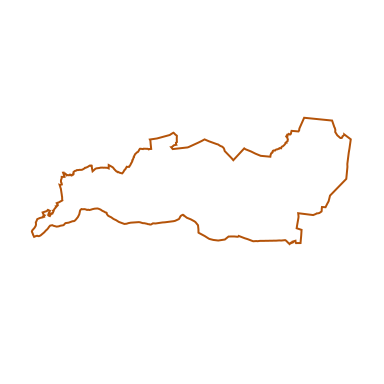 outline of Pischia, Timis, Romania, rotated 174°
{"feature_id": "2599482B13356223768188", "entity_name": "Pischia", "entity_type": "district", "adm_level": 2, "iso_a3": "ROU", "parent_name": "Romania", "parent_adm1": "Timis", "projection": "equal_earth", "projection_center": [21.424, 45.908], "detail": "fine", "context": "isolated", "style": "outline", "palette": "amber", "viewbox_px": 384, "rotation_deg": 174, "n_neighbors": 0, "source": "geoboundaries", "source_scale": "gbopen_adm2", "svg_char_len": 5970}
<svg xmlns="http://www.w3.org/2000/svg" viewBox="0 0 384 384"><g transform="rotate(174 192 192)"><path d="M307.7,224.3L307.9,223.6L307.8,223.2L308.1,222.8L307.9,222.3L308.0,222.0L308.4,221.7L308.7,221.9L309.6,221.6L309.7,221.1L309.9,221.0L310.2,221.3L311.1,221.4L311.2,221.6L311.2,221.9L311.5,222.1L312.5,221.5L313.2,221.6L313.5,221.8L313.9,221.8L314.6,221.7L314.5,222.0L315.5,222.5L315.7,223.1L316.1,223.2L316.1,223.4L316.2,223.6L316.8,223.6L317.0,223.9L317.5,224.1L317.6,224.7L318.2,224.7L317.6,222.4L317.3,220.4L320.0,220.7L320.1,219.7L320.3,218.9L320.8,218.1L321.1,217.2L321.2,216.4L321.2,215.4L320.8,214.5L320.7,213.1L322.7,212.8L322.9,212.9L322.5,211.0L322.3,209.7L322.1,209.1L321.8,202.9L321.8,201.9L321.7,200.6L321.9,198.2L321.8,197.2L326.3,195.3L326.8,195.4L327.6,195.1L327.2,194.6L327.2,194.4L327.4,194.1L326.9,193.4L326.8,192.9L327.4,192.4L327.6,192.6L328.2,192.0L328.6,192.0L328.4,191.6L328.6,191.3L329.2,191.1L329.6,190.3L330.0,190.1L330.9,189.1L331.5,187.9L332.0,187.9L331.7,187.4L331.8,187.2L332.4,186.3L332.4,186.0L333.6,185.1L334.2,185.5L334.5,185.4L334.4,185.2L334.1,184.9L335.0,184.7L335.0,184.3L335.4,183.9L335.4,183.6L335.9,182.9L336.9,183.4L337.4,183.9L337.4,184.2L336.6,186.1L335.3,188.1L337.2,189.3L337.5,189.1L337.8,188.6L338.4,188.2L342.7,187.3L342.5,186.5L341.7,184.8L342.2,184.4L342.2,184.0L341.2,183.9L341.8,183.3L341.7,182.8L343.0,182.8L343.1,182.4L345.8,182.1L348.7,181.2L350.1,178.6L350.5,178.2L350.5,176.6L350.6,175.7L351.1,174.5L352.4,172.8L354.9,170.5L355.3,169.6L355.4,169.3L354.7,167.1L354.6,166.3L353.7,163.9L351.4,164.6L350.4,164.6L349.6,164.2L348.8,164.1L347.2,164.6L343.2,167.3L341.2,169.1L339.9,170.0L338.7,171.2L337.9,172.2L336.6,173.4L334.4,173.6L333.3,172.9L330.2,171.7L328.0,171.8L326.5,172.2L323.5,172.4L323.0,172.6L321.5,174.0L320.9,174.3L317.9,174.4L313.9,175.4L312.4,175.4L311.8,175.6L310.5,176.6L308.1,179.0L306.9,180.9L306.5,181.4L305.3,185.1L304.7,185.9L303.7,186.6L302.8,186.3L300.8,186.2L299.5,185.8L298.2,185.1L297.2,185.3L296.3,184.9L296.0,184.8L294.3,185.0L293.0,185.3L290.5,185.6L287.8,185.5L286.4,185.0L286.0,184.7L284.8,184.1L283.2,182.7L281.5,181.7L280.5,180.9L279.3,180.4L279.0,180.0L279.1,179.5L278.9,178.8L278.0,177.3L277.1,176.6L275.0,175.3L272.9,173.4L270.4,171.9L267.9,169.9L262.6,167.3L260.3,167.3L258.5,167.7L256.1,167.9L248.1,167.6L246.8,167.3L244.3,166.2L242.5,165.9L239.8,165.0L239.1,164.6L237.8,164.4L237.2,164.0L236.1,164.0L234.1,164.9L231.5,164.5L224.5,164.8L222.2,164.7L213.4,164.9L211.8,165.1L208.0,166.4L207.5,166.8L206.1,168.9L205.5,169.5L204.4,170.0L203.4,170.3L203.2,170.2L202.4,169.2L202.2,169.3L201.7,168.7L199.8,166.9L196.0,164.9L192.7,162.6L191.7,161.7L189.5,158.3L189.5,154.3L189.8,150.9L189.6,150.7L184.0,146.9L180.6,144.2L179.6,143.5L175.8,142.1L171.0,141.0L164.3,141.3L160.3,143.9L154.8,143.4L151.4,142.7L150.4,142.9L150.1,143.4L144.4,140.5L141.6,139.3L136.7,136.8L136.1,136.6L133.2,136.5L131.8,136.2L129.8,136.3L126.7,136.0L113.1,134.8L110.1,134.7L108.4,134.4L104.4,134.4L104.0,134.2L103.3,133.5L101.7,131.5L100.4,130.0L99.4,131.0L99.1,130.7L97.0,131.3L97.3,132.1L94.2,132.7L94.2,131.1L94.1,130.6L93.9,130.3L89.4,129.9L88.0,137.0L87.0,142.9L91.7,145.0L91.1,147.3L88.8,155.4L88.6,156.6L88.6,159.8L73.9,156.4L71.1,157.2L70.2,157.7L69.5,157.6L68.3,157.7L67.6,157.8L67.0,158.1L65.2,159.1L64.9,160.3L64.7,161.8L64.3,163.5L60.8,162.9L58.9,165.9L57.1,168.5L55.1,174.0L37.2,188.9L34.8,200.7L34.6,203.6L32.0,214.7L30.8,219.0L28.6,227.8L34.5,233.3L34.5,233.1L35.0,232.6L36.6,231.5L37.0,230.4L37.8,230.1L38.8,230.2L41.6,233.2L43.3,236.7L43.0,238.5L43.0,239.3L43.3,240.8L43.7,241.8L45.2,248.4L72.7,254.1L78.4,244.2L78.7,243.5L79.0,242.1L79.8,241.1L86.6,242.4L87.1,241.1L87.5,239.7L88.1,239.0L88.6,238.9L89.7,239.7L90.2,239.3L91.2,239.1L91.0,238.3L91.1,237.8L91.6,237.7L92.1,237.8L92.5,237.5L92.1,236.7L91.5,236.0L91.5,235.4L91.2,234.6L91.3,234.3L91.2,234.1L91.7,232.5L92.5,232.2L92.9,231.8L92.9,231.5L93.1,231.6L93.8,231.1L93.7,230.9L94.0,230.4L95.3,229.1L97.0,227.9L97.9,227.7L98.7,226.8L98.8,226.2L100.4,226.5L100.7,226.0L101.0,225.9L101.5,225.9L102.5,225.5L103.3,225.5L103.7,225.5L104.7,225.0L105.2,224.5L106.2,224.8L107.2,224.5L107.5,224.1L107.5,223.5L107.7,223.1L108.1,223.1L108.5,222.4L109.3,222.1L109.4,221.7L109.9,220.8L110.4,218.9L119.9,220.8L124.9,223.5L129.0,226.1L134.3,228.9L135.3,229.7L135.5,229.9L147.6,219.3L149.0,221.4L155.1,229.2L155.3,229.7L155.4,230.9L155.8,232.1L156.1,232.7L157.2,233.9L159.1,234.9L161.2,236.6L162.5,237.1L169.9,240.7L174.0,243.0L177.1,241.7L180.7,240.4L190.5,237.1L191.7,236.8L206.7,236.7L208.0,238.7L207.6,238.7L206.6,239.3L205.0,240.4L202.7,240.6L202.9,241.1L202.8,242.7L201.9,243.1L201.8,243.3L201.7,245.1L201.5,247.4L201.3,248.5L201.2,249.6L202.6,250.9L203.9,252.6L204.3,252.9L206.5,251.9L208.2,251.0L221.2,248.9L228.4,248.6L228.0,247.5L228.1,244.0L228.1,239.1L230.3,239.2L230.6,238.9L230.8,239.0L231.2,239.4L231.6,239.6L235.7,240.1L236.2,239.8L238.7,240.4L239.3,240.4L240.0,239.6L241.4,237.6L242.2,237.4L243.4,236.5L244.8,235.4L245.3,234.4L245.7,233.9L246.1,233.3L246.0,233.2L246.1,232.6L246.5,232.3L247.0,231.4L247.0,231.2L247.2,230.8L247.7,230.0L248.1,229.8L248.0,229.2L248.3,228.8L248.4,228.4L249.0,227.6L249.3,227.3L249.4,226.9L249.9,226.4L250.1,225.8L251.1,224.6L251.5,224.3L251.4,224.2L251.8,223.6L253.8,223.7L254.3,223.9L254.7,223.2L255.5,222.3L256.0,221.6L256.0,221.4L257.0,220.8L257.5,220.0L258.5,218.7L259.5,217.8L261.9,218.7L263.2,219.6L263.7,219.4L264.0,219.6L264.1,220.0L265.0,220.4L265.6,221.1L267.2,223.2L267.3,223.5L268.2,224.8L270.1,226.2L272.0,227.5L272.4,224.2L273.2,224.7L274.2,225.0L276.8,225.4L277.6,225.4L278.5,225.6L280.6,225.8L281.3,225.6L284.7,225.5L285.8,225.1L287.1,224.1L288.7,223.0L289.0,226.0L289.0,228.7L289.5,228.9L290.0,228.6L290.3,228.9L290.7,229.0L291.7,228.6L293.0,227.9L293.7,227.7L294.1,227.5L295.4,227.2L295.6,227.3L295.9,227.2L296.0,227.2L296.3,226.8L298.7,225.7L299.7,225.6L301.5,225.8L302.5,225.7L304.3,225.8L305.2,225.3L306.2,225.2L307.7,224.3Z" fill="none" stroke="#b45309" stroke-width="2"/></g></svg>